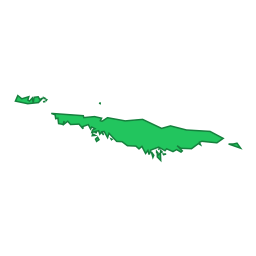 the district of Kepulauan Yapen, Papua, Indonesia
{"feature_id": "22746128B96094928872069", "entity_name": "Kepulauan Yapen", "entity_type": "district", "adm_level": 2, "iso_a3": "IDN", "parent_name": "Indonesia", "parent_adm1": "Papua", "projection": "robinson", "projection_center": [135.942, -1.72], "detail": "medium", "context": "isolated", "style": "filled", "palette": "green", "viewbox_px": 256, "rotation_deg": 0, "n_neighbors": 0, "source": "geoboundaries", "source_scale": "gbopen_adm2", "svg_char_len": 1865}
<svg xmlns="http://www.w3.org/2000/svg" viewBox="0 0 256 256"><path d="M83.3,115.7L51.3,113.4L55.1,114.8L55.7,118.7L57.9,118.2L58.6,123.6L63.1,124.4L64.1,121.0L63.7,124.4L67.7,121.3L70.6,124.5L79.0,124.1L81.5,127.0L88.3,124.6L90.6,129.0L91.7,127.0L95.0,128.7L92.4,130.2L91.8,132.5L98.6,130.7L99.8,134.2L101.4,132.2L103.6,135.0L102.1,131.7L104.1,131.4L107.6,137.6L109.0,133.3L116.7,141.4L122.1,141.7L127.4,145.7L135.9,146.1L139.0,148.9L141.9,146.4L145.6,153.5L147.9,150.4L148.9,154.0L149.5,153.9L150.9,150.0L158.6,147.1L165.0,150.7L166.6,148.8L173.0,151.6L176.6,149.6L181.0,152.1L182.3,150.9L177.1,145.7L180.8,148.3L191.5,148.7L198.4,143.6L200.5,144.8L199.4,142.3L201.9,141.3L216.9,142.8L223.2,138.4L210.0,131.4L186.5,130.0L170.5,125.9L161.6,128.4L142.6,119.4L125.2,120.9L107.5,117.7L102.0,121.3L100.3,120.7L101.6,118.2L94.5,116.6L83.8,117.6L83.3,115.7ZM17.8,95.6L15.4,101.1L27.7,103.7L38.4,102.6L42.9,97.9L39.8,99.5L38.2,96.8L34.1,97.3L33.2,102.9L32.3,98.0L29.5,101.1L27.8,100.0L28.8,96.7L21.8,98.8L17.8,95.6ZM237.0,143.2L233.3,144.0L228.6,144.0L240.6,148.2L237.0,143.2ZM157.3,153.1L157.3,156.9L160.7,160.4L160.4,152.9L158.5,154.9L157.3,153.1ZM97.6,137.2L95.5,139.1L96.6,141.4L99.0,139.7L97.6,137.2ZM153.8,155.3L151.3,151.8L152.9,157.4L153.8,155.3ZM166.1,154.0L163.2,154.0L163.6,154.7L166.1,154.0ZM95.3,135.4L92.7,134.0L92.2,135.7L95.3,135.4ZM162.1,152.0L160.7,150.6L160.5,152.7L162.1,152.0ZM97.0,132.7L95.2,132.1L95.2,132.6L97.0,132.7ZM157.6,152.5L156.6,151.3L156.6,152.5L157.6,152.5ZM46.0,101.1L46.7,99.8L46.0,99.8L46.0,101.1ZM44.2,101.4L43.2,102.0L44.5,101.7L44.2,101.4ZM100.2,103.1L99.1,103.2L100.2,103.6L100.2,103.1ZM45.0,98.3L44.0,97.8L44.3,98.6L45.0,98.3ZM158.9,149.3L159.4,148.5L158.7,149.1L158.9,149.3ZM112.0,139.3L111.1,138.9L111.5,139.7L112.0,139.3ZM83.6,127.6L82.4,128.0L82.7,128.3L83.6,127.6Z" fill="#22c55e" stroke="#15803d" stroke-width="1.5"/></svg>